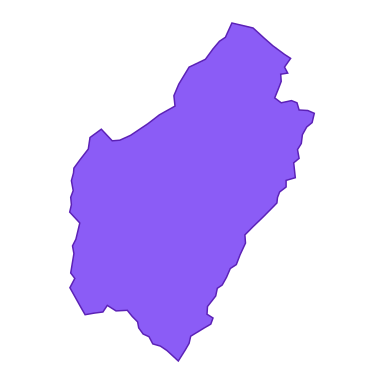 Ampelikou, Nicosia, Cyprus (Natural Earth projection)
{"feature_id": "46923920B7308228974018", "entity_name": "Ampelikou", "entity_type": "district", "adm_level": 2, "iso_a3": "CYP", "parent_name": "Cyprus", "parent_adm1": "Nicosia", "projection": "natural_earth1", "projection_center": [32.803, 35.103], "detail": "fine", "context": "isolated", "style": "filled", "palette": "violet", "viewbox_px": 384, "rotation_deg": 0, "n_neighbors": 0, "source": "geoboundaries", "source_scale": "gbopen_adm2", "svg_char_len": 1292}
<svg xmlns="http://www.w3.org/2000/svg" viewBox="0 0 384 384"><path d="M80.2,159.5L73.9,168.1L73.5,173.0L71.4,180.7L73.2,190.6L70.7,197.3L71.4,204.7L69.7,212.1L79.8,223.0L75.9,239.2L72.5,245.9L73.9,253.6L70.7,273.0L74.8,278.4L69.9,287.7L81.3,308.1L85.1,314.7L94.3,313.1L102.9,312.0L107.3,305.4L116.0,310.9L127.3,310.3L132.2,316.4L137.6,321.9L138.7,327.9L143.1,334.0L149.0,336.7L152.8,343.9L160.4,346.1L166.9,350.5L178.3,361.0L185.3,349.9L189.1,343.3L190.7,336.2L204.3,327.9L210.8,324.1L213.0,318.0L207.0,314.2L207.5,306.5L215.7,296.0L217.3,288.3L222.2,285.0L226.5,277.3L230.3,268.5L236.3,264.6L240.1,254.7L245.5,243.1L244.9,234.9L252.5,227.2L263.4,216.7L271.5,208.5L276.9,203.0L277.5,197.5L279.6,192.0L286.1,187.0L286.1,180.4L295.3,177.7L293.7,162.8L299.1,158.4L297.5,149.6L301.3,143.5L302.4,134.7L306.7,127.0L312.1,122.6L314.3,113.3L307.8,110.5L299.1,110.0L297.0,102.8L291.5,100.6L281.2,102.8L274.7,97.9L278.5,88.5L281.2,81.4L280.7,74.2L287.7,73.1L284.5,67.1L290.6,58.4L284.5,54.4L272.6,45.6L263.9,37.9L253.1,28.0L231.9,23.0L225.4,37.3L219.5,41.2L213.0,48.9L205.4,59.3L189.1,67.1L178.8,84.1L173.9,95.7L175.0,106.1L165.7,111.3L159.3,114.9L147.9,123.7L130.6,135.3L119.8,140.2L112.2,140.8L101.3,129.2L90.0,137.5L88.3,149.0L80.2,159.5Z" fill="#8b5cf6" stroke="#5b21b6" stroke-width="1.5"/></svg>